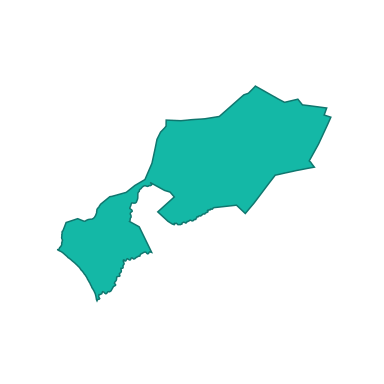 Magdalena Jaltepec, Oaxaca, Mexico, rotated 32°
{"feature_id": "50627088B54768587379535", "entity_name": "Magdalena Jaltepec", "entity_type": "district", "adm_level": 2, "iso_a3": "MEX", "parent_name": "Mexico", "parent_adm1": "Oaxaca", "projection": "albers", "projection_center": [-97.263, 17.244], "detail": "fine", "context": "isolated", "style": "filled", "palette": "teal", "viewbox_px": 384, "rotation_deg": 32, "n_neighbors": 0, "source": "geoboundaries", "source_scale": "gbopen_adm2", "svg_char_len": 5573}
<svg xmlns="http://www.w3.org/2000/svg" viewBox="0 0 384 384"><g transform="rotate(32 192 192)"><path d="M132.0,144.7L135.1,149.9L134.8,152.3L133.6,157.8L134.4,165.9L137.6,174.4L142.8,188.8L145.5,206.4L140.1,216.7L136.4,227.2L126.8,237.7L126.8,237.8L124.8,239.5L120.9,251.0L121.0,251.7L120.9,252.8L120.9,253.2L121.1,253.8L121.0,254.2L120.8,254.7L120.8,255.3L120.6,256.2L120.7,257.3L121.1,258.0L121.4,259.0L121.9,259.6L122.2,260.6L122.6,262.6L122.7,263.5L122.7,264.4L122.7,265.4L122.5,266.0L122.2,266.9L121.4,268.2L120.4,268.8L119.3,269.7L118.5,270.4L118.1,271.1L117.6,271.7L117.2,272.4L117.1,273.1L115.9,274.0L109.2,275.2L101.4,284.6L102.1,288.0L103.1,293.4L102.8,294.2L103.0,294.6L103.2,295.1L103.4,295.4L103.7,295.6L104.2,297.2L104.6,297.8L104.9,298.1L105.4,299.3L105.5,299.6L106.1,300.3L106.5,300.7L106.9,300.9L107.3,301.1L107.7,301.4L107.8,302.0L107.9,302.5L108.1,302.9L108.4,303.3L108.5,303.6L108.4,304.1L108.5,304.3L108.8,304.8L109.3,305.4L109.5,306.2L109.6,306.9L109.5,307.5L109.4,307.9L109.5,308.5L109.2,309.3L109.4,310.1L109.6,310.6L109.4,311.0L109.2,311.4L109.0,311.7L108.3,312.3L108.2,312.4L109.1,312.1L110.0,312.2L111.0,312.1L112.3,311.9L113.4,311.9L114.8,312.0L116.1,312.2L117.3,312.4L120.4,312.9L121.6,313.3L123.3,313.3L124.6,313.5L125.6,313.6L127.1,313.9L127.9,314.0L128.9,314.1L130.0,314.3L130.8,314.4L132.0,314.7L133.2,314.9L134.3,315.2L135.2,315.4L135.9,315.5L137.6,316.1L139.2,316.9L140.4,317.1L141.2,317.4L142.7,317.9L144.5,318.8L145.3,318.9L146.2,319.4L147.2,319.8L148.3,320.4L148.7,320.6L149.4,321.2L150.2,321.5L150.6,321.8L151.2,322.1L152.0,322.5L152.6,322.9L153.6,323.3L154.2,323.7L155.2,324.5L156.0,324.8L156.6,325.2L157.0,325.6L158.5,326.5L159.3,326.8L159.7,327.0L161.2,327.8L162.0,328.3L162.7,328.8L163.3,329.2L164.0,329.6L164.4,330.1L165.4,331.0L165.9,331.5L166.5,332.2L166.9,332.6L167.0,332.7L167.9,333.8L169.1,334.6L168.9,333.2L170.1,332.1L170.2,331.3L168.4,330.3L167.5,328.3L168.2,327.9L169.4,326.1L169.0,324.2L169.1,323.8L170.4,323.6L171.6,324.0L172.8,324.0L173.3,323.4L173.6,321.1L174.2,320.6L175.0,320.3L175.7,318.8L175.5,313.8L176.6,311.7L176.2,311.0L175.1,310.7L174.5,310.5L174.3,309.3L174.6,307.3L174.5,306.9L174.4,306.3L173.2,304.0L174.0,302.7L175.0,302.1L175.3,301.3L173.7,299.8L173.8,299.2L174.1,298.5L174.3,297.2L173.9,296.3L172.7,295.1L172.2,294.4L173.0,293.9L173.6,293.3L173.6,292.6L172.5,291.0L172.6,289.3L172.2,288.5L170.6,287.4L169.9,286.3L170.0,285.8L170.5,285.6L171.6,286.1L172.3,285.6L172.3,283.2L172.6,282.8L174.7,282.8L175.4,282.6L175.7,282.0L175.5,280.1L176.2,279.6L177.9,279.8L178.8,279.0L179.3,277.3L180.8,274.6L181.7,274.1L181.3,272.1L183.3,268.5L184.0,267.8L185.0,267.5L186.4,268.0L187.2,267.9L187.7,267.2L187.6,266.0L187.8,265.2L189.1,264.8L189.8,264.6L166.5,250.0L165.6,249.5L154.7,250.1L154.8,249.7L154.6,249.2L154.4,248.8L154.2,248.2L153.8,247.6L153.6,246.8L153.7,245.7L153.4,245.2L153.0,244.6L152.3,243.9L151.6,243.7L151.2,243.3L150.9,242.6L150.9,242.1L150.9,241.6L151.1,241.2L151.3,240.8L151.5,240.0L150.9,239.4L150.2,239.1L149.6,239.1L148.9,239.0L148.6,239.0L148.0,239.0L147.6,238.2L147.6,237.6L147.5,237.1L147.3,236.0L147.1,235.2L146.8,234.6L146.7,233.7L146.9,233.0L147.7,232.7L148.5,232.3L149.1,231.9L149.7,231.5L150.1,230.6L150.2,229.6L149.9,229.0L149.8,228.3L149.8,227.5L149.5,226.8L149.3,226.0L146.8,221.8L146.6,220.7L146.9,219.4L146.5,218.4L146.3,217.7L147.0,216.1L147.1,214.8L147.3,214.0L147.7,213.0L148.1,212.3L148.8,211.5L149.7,211.3L150.7,211.0L151.2,210.9L151.8,210.3L152.0,209.5L152.4,209.1L152.9,209.0L153.3,208.7L153.7,208.0L153.9,207.7L153.9,207.1L153.9,206.8L154.0,206.5L154.3,206.2L153.8,206.3L153.2,206.5L151.5,206.1L167.9,205.2L173.5,203.7L179.6,205.6L173.5,227.0L187.2,229.6L192.4,229.6L192.8,229.4L194.2,229.2L194.3,229.0L194.3,228.8L194.1,228.5L193.7,228.2L193.8,227.8L194.2,227.6L194.7,227.5L195.3,226.8L195.9,226.8L196.5,226.9L196.8,227.1L197.1,227.2L197.6,227.0L198.1,226.7L198.6,226.3L199.4,225.9L199.6,225.4L199.9,225.2L200.4,224.4L200.0,224.1L200.0,223.9L200.7,222.2L201.1,221.9L201.9,221.8L202.1,221.6L203.3,221.6L203.4,221.4L203.4,221.1L203.5,220.4L203.7,220.0L203.6,219.5L204.2,219.1L204.4,218.7L204.7,218.3L204.9,217.9L205.0,217.5L205.1,217.2L205.3,216.9L205.8,216.7L206.4,216.6L206.9,216.6L207.6,216.3L208.0,216.0L208.2,215.5L208.2,215.3L208.4,214.9L208.5,214.3L208.5,214.1L209.3,213.6L209.7,213.3L209.7,213.0L209.5,212.4L209.5,212.0L209.6,211.5L209.7,211.0L209.4,210.4L209.5,210.1L210.0,209.8L210.6,209.5L210.6,208.5L211.2,208.0L212.0,207.8L212.4,207.0L212.9,205.2L213.3,204.5L213.9,204.2L214.5,203.9L214.4,203.2L214.8,202.4L214.9,202.1L215.4,201.6L215.6,201.2L215.9,200.6L216.0,200.3L215.5,200.1L215.0,199.8L215.1,199.3L215.1,199.0L215.4,198.8L215.9,198.5L216.0,198.0L216.8,197.6L217.0,197.3L216.7,196.9L217.1,196.3L217.5,196.2L218.1,196.0L218.4,195.6L218.3,195.4L218.4,194.8L218.7,194.0L219.1,193.5L236.2,180.0L236.3,179.9L236.7,179.6L237.1,179.7L237.8,179.8L242.2,180.7L248.6,182.0L249.2,177.6L250.0,171.9L250.4,169.3L250.5,168.4L250.8,165.1L251.6,155.9L252.3,147.8L252.7,143.3L253.6,134.3L253.6,133.7L256.4,131.0L260.8,126.6L262.9,124.6L264.0,123.5L266.3,121.3L269.0,118.6L272.5,115.4L277.6,110.6L282.6,106.1L279.1,104.8L276.5,103.7L276.1,103.8L275.3,103.7L274.9,103.4L274.7,99.0L273.9,84.3L272.7,74.6L271.3,63.4L270.3,56.2L270.1,55.0L263.3,56.7L261.7,49.4L244.8,57.1L239.5,59.6L232.6,57.2L223.0,66.9L216.3,67.4L189.6,68.6L189.5,69.5L187.9,76.6L187.6,78.0L187.2,78.8L184.5,82.1L183.1,86.6L180.0,97.1L175.1,113.5L166.4,121.1L164.1,123.1L160.7,125.6L156.6,128.5L153.3,130.9L149.6,133.8L144.7,137.5L132.0,144.7Z" fill="#14b8a6" stroke="#0f766e" stroke-width="1.5"/></g></svg>